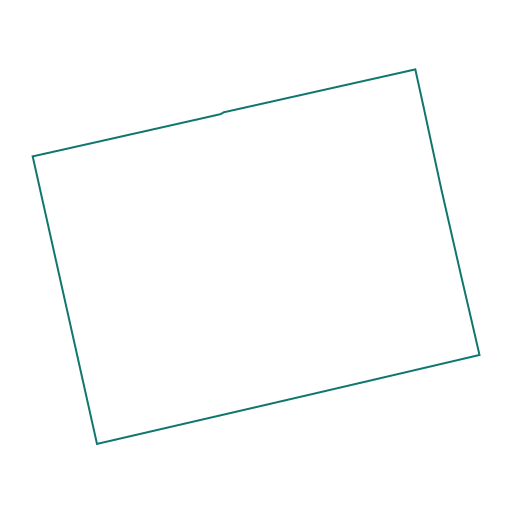 the district of Brown, South Dakota, United States of America, rotated 77°
{"feature_id": "52423323B36671572190514", "entity_name": "Brown", "entity_type": "district", "adm_level": 2, "iso_a3": "USA", "parent_name": "United States of America", "parent_adm1": "South Dakota", "projection": "albers", "projection_center": [-98.311, 45.59], "detail": "fine", "context": "isolated", "style": "outline", "palette": "teal", "viewbox_px": 512, "rotation_deg": 77, "n_neighbors": 0, "source": "geoboundaries", "source_scale": "gbopen_adm2", "svg_char_len": 383}
<svg xmlns="http://www.w3.org/2000/svg" viewBox="0 0 512 512"><g transform="rotate(77 256 256)"><path d="M403.2,256.7L403.0,158.4L402.7,60.5L399.5,60.5L391.2,60.5L366.7,60.5L321.9,60.6L321.5,60.6L231.6,60.4L195.3,59.9L148.8,59.2L110.0,58.8L108.7,255.0L109.8,258.6L109.3,353.1L108.7,451.2L110.6,451.2L403.3,453.2L403.2,256.7Z" fill="none" stroke="#0f766e" stroke-width="2"/></g></svg>